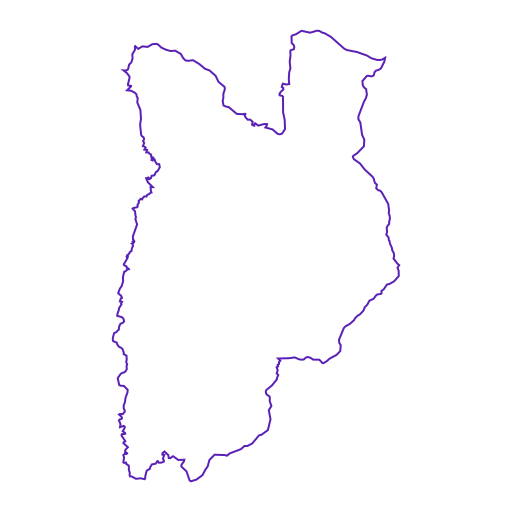 Muong Cha, Điện Biên, Vietnam
{"feature_id": "81297802B30042560711823", "entity_name": "Muong Cha", "entity_type": "district", "adm_level": 2, "iso_a3": "VNM", "parent_name": "Vietnam", "parent_adm1": "Điện Biên", "projection": "albers", "projection_center": [103.093, 21.828], "detail": "fine", "context": "isolated", "style": "outline", "palette": "violet", "viewbox_px": 512, "rotation_deg": 0, "n_neighbors": 0, "source": "geoboundaries", "source_scale": "gbopen_adm2", "svg_char_len": 6021}
<svg xmlns="http://www.w3.org/2000/svg" viewBox="0 0 512 512"><path d="M226.9,455.7L229.8,453.4L241.0,449.1L244.5,446.0L247.4,446.0L252.2,443.5L259.0,435.4L261.4,434.8L267.9,430.1L270.5,419.3L268.8,410.2L271.4,406.0L269.7,401.1L269.9,397.9L269.5,396.4L266.7,394.6L266.0,393.3L265.8,391.5L266.3,390.0L272.0,385.4L276.9,379.3L276.9,378.1L278.3,375.0L276.7,373.4L277.7,370.1L276.6,367.3L278.1,366.4L277.6,365.0L279.0,364.0L279.0,362.1L280.3,360.8L278.1,358.5L289.3,358.2L294.7,357.4L299.3,359.4L302.4,359.7L303.9,359.4L306.0,357.5L307.6,357.0L310.3,357.7L313.1,359.6L319.3,359.7L322.4,363.0L323.4,363.2L326.9,361.1L329.5,358.7L336.8,354.7L340.3,351.0L340.7,345.1L339.3,343.0L339.0,339.8L343.8,328.1L345.4,326.4L350.0,323.8L354.0,320.2L355.0,318.3L357.6,315.7L359.9,314.4L363.4,310.7L364.7,307.3L367.2,304.8L369.5,300.6L373.6,298.8L375.8,295.7L377.2,294.5L381.1,293.8L381.6,292.9L381.4,291.0L383.8,289.2L387.0,284.5L389.4,284.0L394.1,281.3L398.8,276.0L398.6,270.5L397.5,267.8L399.2,265.1L397.5,263.7L393.5,258.6L394.2,256.1L393.7,252.9L392.2,250.2L392.0,248.2L389.9,243.3L389.6,241.2L388.8,240.1L388.6,237.5L386.3,234.7L387.1,231.7L386.7,227.8L387.4,226.1L389.2,223.9L389.1,222.2L389.9,218.9L389.7,215.8L388.7,213.1L389.1,210.6L388.2,203.9L381.6,192.1L380.0,190.6L378.1,190.2L376.2,188.3L376.9,184.6L374.9,182.9L373.7,178.6L372.6,176.8L364.8,169.6L360.0,163.5L353.9,159.2L352.8,156.8L353.2,155.9L357.1,153.3L363.9,146.3L364.3,139.7L362.1,134.9L360.3,122.4L358.4,119.3L358.4,116.5L359.0,114.8L364.1,101.3L365.8,98.4L366.9,94.7L366.1,89.1L364.1,87.5L362.8,85.3L362.4,81.1L366.8,76.0L368.1,75.7L371.5,76.4L373.3,75.7L373.9,74.9L374.5,72.4L375.7,70.8L379.2,69.6L381.0,68.3L384.3,61.7L385.1,57.8L382.2,59.5L380.0,60.0L377.0,59.9L371.2,58.2L367.1,55.6L357.0,52.0L347.1,50.1L344.5,48.9L330.8,36.8L324.8,33.3L322.2,32.6L319.3,30.9L316.9,30.7L310.2,32.7L301.5,30.8L296.1,34.2L292.2,35.5L291.5,36.3L291.7,43.0L293.8,45.2L294.3,47.4L293.8,49.2L290.6,50.3L290.3,50.9L290.5,55.6L289.7,61.8L290.4,68.4L289.2,72.3L288.8,78.8L289.2,84.1L286.4,84.5L282.9,83.7L281.7,86.9L283.2,88.0L283.4,89.4L280.8,91.8L279.5,93.8L279.6,95.3L282.1,95.8L283.0,96.6L283.1,112.4L284.7,120.0L285.0,129.1L282.2,133.4L281.2,134.0L279.5,134.3L277.7,133.9L272.5,129.4L265.4,127.5L266.7,125.7L267.0,124.1L264.3,124.0L258.2,125.6L255.2,123.3L254.5,124.1L254.3,125.7L253.3,125.5L252.0,124.6L252.8,122.0L250.3,119.7L247.7,119.7L245.6,117.4L244.6,115.4L245.4,114.3L245.2,113.8L242.3,114.2L236.8,113.9L228.7,107.1L226.4,106.7L223.9,105.7L223.4,105.1L222.7,100.7L223.3,98.3L223.4,93.6L224.7,89.8L224.8,87.9L224.3,86.6L218.6,82.0L215.6,75.8L209.6,70.5L204.9,68.7L199.4,64.1L193.0,60.2L188.4,60.8L185.6,60.5L183.2,58.2L180.8,53.9L175.2,50.7L170.4,51.0L166.2,49.8L161.4,47.6L157.9,44.4L156.6,43.9L152.3,44.2L147.7,46.9L142.3,46.4L138.2,48.9L135.2,46.1L134.9,46.3L135.0,49.7L132.3,54.3L132.6,58.5L131.3,62.4L129.1,64.6L128.2,68.9L127.5,69.8L125.4,70.6L123.6,70.4L127.0,73.2L129.4,76.4L129.6,77.6L128.0,84.1L128.1,85.4L131.1,85.9L131.1,86.3L127.1,90.3L130.9,90.7L134.7,92.6L136.4,94.3L136.8,96.6L137.7,97.9L137.3,102.5L140.4,110.0L141.0,118.7L140.1,124.6L141.1,134.6L141.7,135.9L143.6,137.4L144.0,138.7L144.0,139.5L143.1,141.1L144.2,143.0L142.9,146.1L144.9,146.9L145.7,147.9L144.4,149.6L147.1,150.0L146.3,152.4L148.7,152.5L149.3,153.6L151.1,154.6L151.2,156.9L153.3,157.6L153.3,158.0L151.8,158.4L151.5,160.0L152.6,160.5L154.1,159.3L154.6,159.4L155.1,161.3L156.9,164.1L159.2,164.1L159.8,167.2L157.7,171.0L155.9,172.0L154.4,175.3L151.6,175.8L151.0,178.1L149.1,179.3L148.7,179.1L149.1,178.1L148.5,177.5L146.1,178.2L147.9,182.3L152.8,187.1L150.6,187.1L150.8,190.4L151.5,192.5L150.4,192.8L149.4,193.9L147.1,195.0L146.5,196.5L144.3,196.4L142.6,198.2L142.1,199.4L140.6,198.9L138.6,201.0L139.0,202.5L137.5,204.9L137.7,206.5L137.2,207.2L133.6,208.0L132.9,208.3L132.6,208.6L135.0,211.3L135.5,215.8L136.0,217.0L135.4,219.2L137.1,224.4L132.9,236.3L133.0,239.5L133.9,240.4L133.5,240.8L134.3,241.7L133.8,242.5L132.7,242.2L132.9,243.2L132.0,243.6L132.7,244.1L133.0,245.9L131.8,248.6L131.5,251.0L129.7,252.2L129.2,253.7L127.1,255.3L126.9,256.0L127.9,256.3L127.7,257.2L126.8,257.3L127.3,258.4L123.9,264.1L124.0,265.1L126.6,266.5L126.8,268.0L128.5,268.5L128.8,269.2L127.7,269.2L125.4,271.4L124.2,271.7L122.9,277.3L123.1,281.1L121.8,285.9L119.8,288.8L118.2,293.2L121.0,295.7L121.9,297.4L121.8,298.2L120.8,298.5L119.9,301.4L122.0,301.8L121.1,303.4L121.5,304.2L118.8,308.6L119.0,309.5L117.6,313.3L117.2,315.8L122.0,317.2L123.5,318.9L124.1,321.4L123.0,322.7L120.4,323.8L119.0,326.9L118.9,329.4L116.3,332.1L114.1,333.1L112.9,337.7L112.8,339.9L113.2,341.2L116.7,342.6L117.2,344.3L119.0,346.8L121.2,347.8L122.5,349.0L123.8,352.5L123.6,354.0L126.5,355.7L126.7,359.6L126.2,362.1L127.2,364.5L126.5,366.2L126.8,368.9L126.1,370.5L124.6,372.2L122.0,373.0L120.5,374.1L117.7,378.2L119.2,384.9L120.2,385.6L124.0,386.0L127.7,389.9L127.5,392.4L125.6,397.6L124.8,402.7L123.7,405.2L123.7,408.3L124.8,410.6L124.7,411.7L122.8,414.1L119.7,414.0L119.0,414.5L121.4,416.6L122.0,417.8L121.6,418.9L119.6,419.5L118.9,420.3L120.5,424.0L120.0,427.2L123.8,425.9L124.8,426.9L124.3,428.7L122.7,431.2L124.9,432.8L125.2,433.7L123.7,434.2L122.1,434.0L121.5,434.8L121.7,435.9L125.3,441.2L123.7,442.3L123.4,443.2L127.9,447.2L125.6,449.6L125.1,450.9L125.1,452.1L126.8,452.8L127.1,453.4L126.3,454.1L124.6,453.9L123.3,455.1L124.1,457.5L123.3,462.3L123.9,462.9L126.1,462.6L126.4,464.1L128.8,465.6L128.9,470.2L129.8,472.7L129.6,475.2L130.0,476.4L131.5,476.4L136.0,478.8L140.7,478.3L144.6,479.2L145.2,478.5L145.2,476.7L146.6,471.0L147.4,470.1L149.7,469.1L150.2,467.2L151.9,464.4L155.6,463.7L157.4,461.1L158.1,461.4L158.6,462.7L161.2,462.7L163.9,461.6L163.9,460.5L162.9,458.7L164.3,454.8L162.4,454.7L162.3,454.2L162.7,452.9L164.5,451.5L168.3,455.1L168.8,458.1L170.5,458.1L172.5,456.4L173.2,456.3L178.4,460.0L184.3,459.7L183.8,461.6L181.5,464.6L181.4,466.6L186.5,471.4L189.6,480.4L190.9,481.3L196.4,479.6L202.5,475.1L205.5,469.5L207.7,466.4L209.4,460.0L214.6,454.7L225.1,455.1L226.9,455.7Z" fill="none" stroke="#5b21b6" stroke-width="2"/></svg>